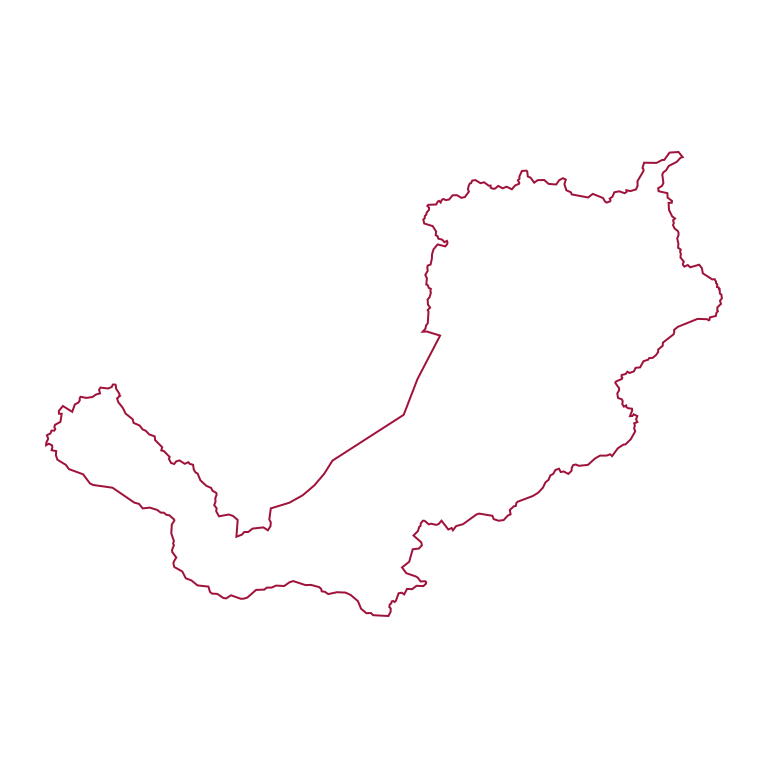 the border of Buryat
{"feature_id": "RUS-2606", "entity_name": "Buryat", "entity_type": "Republic", "adm_level": 1, "iso_a3": "RUS", "parent_name": "Russia", "parent_adm1": "", "projection": "albers", "projection_center": [108.984, 53.605], "detail": "fine", "context": "isolated", "style": "outline", "palette": "rose", "viewbox_px": 768, "rotation_deg": 0, "n_neighbors": 0, "source": "natural_earth", "source_scale": "10m", "svg_char_len": 6089}
<svg xmlns="http://www.w3.org/2000/svg" viewBox="0 0 768 768"><path d="M93.2,485.0L90.0,483.5L83.1,474.3L68.9,469.1L65.9,464.9L57.4,459.7L55.9,455.3L56.2,451.1L51.6,450.2L52.4,447.0L52.0,445.3L48.9,443.7L46.1,445.2L46.3,442.7L48.2,438.8L46.9,435.2L50.4,433.5L51.5,430.6L54.3,430.6L55.3,429.0L54.4,427.4L54.9,424.9L60.4,421.9L61.7,413.8L59.0,413.7L58.8,411.0L62.9,406.0L72.2,411.8L74.9,404.4L78.5,402.5L79.8,400.2L79.6,398.6L80.5,396.8L86.5,397.9L92.5,397.0L96.0,394.5L100.0,393.4L99.1,389.8L100.4,387.6L108.2,388.5L111.8,386.9L112.8,384.6L115.0,384.5L115.8,385.2L116.1,388.7L119.5,394.0L119.2,396.0L119.7,396.1L117.1,398.4L118.3,402.2L122.9,408.0L125.5,413.5L132.6,419.2L133.6,422.9L139.6,425.5L142.6,429.4L145.8,430.8L149.2,434.4L154.7,436.4L155.1,440.1L162.2,447.2L161.3,450.4L163.9,451.1L169.7,457.0L168.9,458.9L171.1,463.0L174.2,464.0L176.2,461.4L179.5,460.4L184.7,463.8L188.4,462.2L189.8,463.9L193.1,464.8L193.8,469.8L195.7,472.6L197.6,473.5L200.4,480.3L206.3,485.8L211.1,487.9L212.5,490.7L216.3,492.9L216.6,494.8L215.3,498.2L215.5,501.8L214.2,505.1L216.6,508.3L216.2,511.3L219.0,516.3L228.8,514.5L233.1,516.0L237.7,520.0L236.4,536.7L241.8,534.7L244.3,532.0L248.2,532.0L252.5,528.6L263.4,527.4L267.9,530.3L270.5,526.1L270.8,522.4L269.3,519.5L270.8,508.4L289.4,502.7L302.8,495.2L314.4,485.3L324.1,473.9L332.5,460.6L403.7,414.8L417.5,379.0L440.1,335.6L426.8,331.5L422.7,331.7L425.4,328.7L426.1,325.4L427.8,323.1L428.5,311.7L427.7,310.1L430.1,307.6L428.0,304.7L427.6,299.4L429.5,297.4L430.9,292.7L430.4,291.1L430.8,288.8L428.8,287.9L427.7,285.1L426.3,284.5L426.9,278.3L425.3,274.9L427.7,270.8L427.3,267.5L427.7,265.6L430.6,264.5L431.9,258.5L432.0,254.5L433.5,249.4L437.6,244.4L445.2,246.4L447.2,244.1L447.5,242.3L446.9,240.9L444.4,242.2L442.3,239.7L438.3,238.6L437.6,236.2L435.7,235.2L436.1,231.5L432.7,226.1L424.2,223.5L423.3,219.5L424.7,218.4L424.8,216.0L426.3,214.7L426.6,212.7L429.0,209.8L429.1,207.7L427.4,205.9L428.3,204.8L436.2,204.5L437.8,201.5L439.1,200.9L440.6,202.5L441.9,199.8L443.5,199.0L445.8,200.1L449.1,199.5L452.6,195.3L457.0,195.2L461.3,197.8L464.8,197.1L468.9,191.7L467.9,189.2L468.8,185.5L469.8,183.5L471.1,183.1L472.2,180.6L475.4,180.1L480.5,183.2L484.1,182.3L488.7,185.7L490.6,185.6L490.7,187.8L493.1,188.8L495.2,188.5L498.2,185.9L502.7,188.3L506.6,186.7L511.9,189.3L514.9,185.6L519.2,183.7L519.3,182.7L517.9,180.3L519.5,178.7L519.4,176.4L521.9,171.0L526.1,170.6L527.2,171.3L527.8,176.5L530.6,177.7L534.2,182.7L537.6,180.2L544.2,180.0L548.6,183.9L556.2,184.5L559.2,180.2L562.9,178.2L565.8,179.6L564.4,184.2L566.4,190.3L570.9,192.3L571.7,194.4L588.1,197.5L592.8,193.9L603.0,198.0L605.1,201.6L606.6,202.6L610.2,201.3L610.5,200.1L609.7,198.6L612.5,196.7L614.3,192.3L619.2,191.3L624.6,193.2L626.6,191.9L626.4,190.2L630.3,191.1L635.9,189.5L637.6,185.8L637.5,181.1L643.5,171.0L643.4,169.1L642.5,167.9L644.1,162.7L656.5,162.9L662.1,160.0L664.3,159.9L669.5,152.6L678.5,152.0L682.7,157.1L680.5,157.8L676.7,161.9L668.8,165.9L666.0,170.4L663.2,172.5L662.3,174.6L663.4,183.0L662.0,185.9L658.2,188.2L658.6,191.2L667.4,193.2L667.6,197.6L672.0,200.9L671.8,202.7L668.6,202.9L669.0,209.9L672.1,216.3L675.0,218.5L673.1,220.2L673.8,223.1L673.0,225.1L674.6,228.5L677.6,230.8L678.5,232.6L678.5,235.2L677.2,238.4L678.4,243.7L678.1,247.8L680.7,249.5L680.1,251.6L680.8,253.7L680.5,257.6L683.8,261.6L682.8,264.1L683.4,265.5L684.4,266.6L687.8,265.0L690.2,267.3L699.2,264.7L701.9,268.2L702.8,273.3L712.2,279.4L714.6,279.2L716.1,281.8L716.0,283.1L717.3,284.4L717.0,287.0L718.7,287.5L719.0,289.2L719.6,289.1L719.9,293.6L721.4,294.6L721.9,298.3L720.0,300.7L721.0,303.9L717.4,307.3L717.3,310.4L717.9,311.2L716.5,312.8L715.8,316.0L709.9,317.4L709.4,320.0L708.6,320.3L707.2,319.2L697.5,318.9L677.9,326.8L674.0,330.0L674.3,331.9L673.6,334.3L662.9,342.6L662.7,345.7L658.1,349.6L658.2,352.0L655.9,355.2L652.6,357.9L649.2,358.1L648.1,359.7L643.5,361.2L640.1,367.4L635.6,367.8L634.0,371.3L629.5,373.0L627.4,371.7L625.7,374.0L621.7,375.0L621.5,376.9L622.3,377.7L621.9,378.9L615.6,381.7L615.3,382.9L619.1,388.2L619.1,390.4L617.3,393.4L618.0,397.9L622.0,399.5L622.7,401.3L622.3,404.2L623.9,406.6L626.2,405.5L626.4,407.1L628.1,408.2L632.0,408.7L632.2,410.4L630.0,416.1L632.3,416.0L633.7,414.3L637.3,416.1L636.1,419.3L637.3,422.1L634.2,423.3L634.9,425.6L634.1,428.1L635.2,431.4L630.7,439.3L625.5,444.4L623.4,444.6L617.8,448.3L612.1,456.1L610.1,454.3L606.5,455.6L600.1,455.6L595.1,458.4L587.9,464.9L578.8,465.8L575.8,464.5L573.2,465.1L571.8,467.7L571.5,470.9L568.3,473.9L563.8,471.5L560.7,472.0L559.0,468.7L555.4,470.0L553.2,473.9L550.4,475.4L548.5,479.9L545.5,482.3L542.9,487.7L538.1,492.8L532.8,496.0L517.7,501.7L516.3,503.1L515.8,506.0L513.8,506.3L509.8,510.0L510.6,514.3L507.8,515.6L503.6,520.1L498.5,520.7L493.7,519.1L492.4,515.8L479.2,513.6L476.4,514.5L463.0,524.2L456.1,526.1L452.9,530.3L451.6,528.0L448.3,529.5L441.5,520.7L438.8,523.9L436.4,524.9L430.9,523.7L428.9,524.4L424.6,520.8L422.9,520.7L420.8,523.3L420.5,525.9L419.2,527.0L417.9,531.1L413.5,535.5L421.3,542.4L421.9,545.3L419.0,548.5L412.7,549.3L409.2,561.8L402.0,567.4L406.3,573.2L415.7,576.4L417.8,577.7L420.7,581.5L425.2,581.2L426.2,582.3L425.9,583.7L423.4,586.1L416.5,585.8L412.1,589.2L407.0,588.9L404.2,594.4L401.8,592.7L398.6,593.3L395.9,600.8L394.6,602.0L393.2,601.0L391.7,601.4L391.3,603.2L389.7,604.6L389.3,607.1L390.7,608.4L390.6,611.9L388.4,616.0L373.2,615.2L370.9,613.0L366.4,613.2L361.1,608.8L357.9,601.1L350.7,595.0L345.6,592.6L337.0,592.2L328.2,594.1L324.9,591.8L321.7,591.3L321.2,588.9L319.1,587.1L311.0,584.9L305.5,585.1L293.3,581.1L289.8,582.1L284.2,586.0L276.1,585.6L271.6,587.6L266.9,587.6L264.3,589.6L256.1,589.9L247.4,597.5L244.2,598.6L240.9,598.8L231.0,595.3L226.1,598.4L223.4,598.0L217.3,593.9L212.0,593.6L210.0,591.9L208.4,586.6L197.5,585.4L191.4,580.4L185.8,578.3L182.3,571.5L174.3,567.0L173.4,563.4L173.8,561.6L176.3,557.5L172.3,552.1L172.0,550.2L173.9,545.2L173.1,543.5L173.9,541.0L171.3,533.4L171.8,524.5L174.4,520.6L174.1,519.5L169.4,515.3L166.4,514.8L163.8,512.7L160.7,512.6L157.1,509.9L149.7,507.6L142.7,508.4L139.0,503.9L134.3,502.6L112.5,487.7L93.2,485.0Z" fill="none" stroke="#9f1239" stroke-width="2"/></svg>